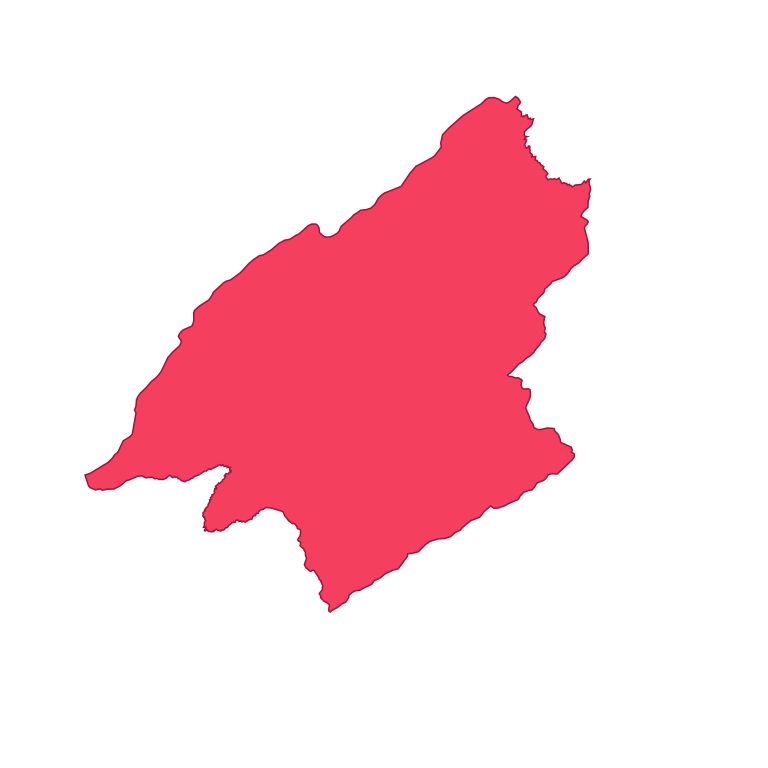 Santa Fe De Antioquia, Antioquia, Colombia, rotated 229°
{"feature_id": "7082276B62917896081340", "entity_name": "Santa Fe De Antioquia", "entity_type": "district", "adm_level": 2, "iso_a3": "COL", "parent_name": "Colombia", "parent_adm1": "Antioquia", "projection": "equal_earth", "projection_center": [-75.913, 6.54], "detail": "fine", "context": "isolated", "style": "filled", "palette": "rose", "viewbox_px": 768, "rotation_deg": 229, "n_neighbors": 0, "source": "geoboundaries", "source_scale": "gbopen_adm2", "svg_char_len": 6142}
<svg xmlns="http://www.w3.org/2000/svg" viewBox="0 0 768 768"><g transform="rotate(229 384 384)"><path d="M559.2,386.8L560.6,377.7L562.6,374.2L563.4,368.1L563.6,362.0L562.2,348.7L563.2,336.4L564.9,333.0L565.6,329.5L565.2,315.1L564.2,313.6L562.3,307.2L564.0,295.1L563.8,289.3L562.6,287.1L556.3,281.8L553.7,277.0L556.6,267.9L556.5,264.4L555.5,261.1L554.6,259.9L549.2,259.2L547.0,255.2L546.7,245.2L545.7,238.1L539.9,224.8L538.8,220.4L538.3,216.8L538.5,209.5L537.2,201.6L537.0,194.6L536.0,190.1L534.5,186.9L529.9,182.2L528.0,178.6L524.8,177.8L511.3,161.1L510.9,157.7L512.2,150.0L507.1,138.3L507.3,134.3L506.1,129.8L505.8,124.3L509.4,103.5L511.4,98.6L500.9,94.2L498.7,94.1L493.2,96.9L491.9,99.7L490.5,101.2L488.7,101.6L486.0,106.4L481.9,111.3L480.2,118.2L480.1,126.1L478.7,128.9L476.0,137.5L473.6,140.9L469.5,142.7L465.6,148.0L462.9,148.8L461.7,150.7L459.6,151.6L456.8,154.8L455.7,157.7L456.0,160.1L455.4,162.5L452.2,162.9L451.3,164.8L449.2,166.9L447.8,166.6L445.8,167.7L444.3,167.6L440.8,169.7L440.6,171.5L439.5,173.8L438.9,177.2L438.4,177.9L438.6,180.6L436.9,184.4L435.9,191.9L434.8,192.9L434.9,194.2L434.3,196.6L433.2,197.3L430.7,207.4L429.2,207.6L428.8,208.1L429.1,209.2L428.6,209.4L426.5,209.2L425.7,211.1L424.7,211.7L423.9,210.7L422.1,213.4L421.2,211.7L419.6,210.9L419.0,211.8L418.0,210.5L418.9,209.5L418.4,207.4L420.0,205.9L419.4,203.2L418.1,203.7L417.3,201.0L417.5,199.4L417.0,198.4L416.7,194.7L417.8,194.3L417.3,192.8L417.4,189.8L415.3,189.6L414.9,188.4L416.1,188.4L416.1,187.8L414.2,185.2L413.4,185.3L412.5,183.7L413.2,181.3L412.0,180.3L412.1,178.5L410.4,177.8L410.4,177.0L410.9,176.5L409.5,175.3L408.6,172.4L407.4,171.3L407.2,167.7L406.7,167.1L406.6,165.7L405.7,165.8L405.5,162.8L404.0,161.9L403.3,160.7L402.0,160.5L401.5,161.1L401.2,160.5L400.0,160.7L399.1,159.8L397.8,159.7L397.4,157.6L395.0,155.5L394.3,153.8L392.6,155.8L392.1,155.3L391.8,153.0L391.0,152.3L390.1,153.0L390.3,154.9L388.2,154.7L385.1,157.3L385.1,158.6L384.4,158.8L384.9,159.4L384.4,160.4L384.7,161.4L384.1,162.3L382.7,162.4L380.0,164.4L380.0,165.6L378.9,167.7L379.3,170.1L378.5,171.7L379.1,174.2L378.8,177.1L379.0,178.5L377.4,180.9L378.1,182.3L378.1,183.7L376.2,184.7L375.2,184.4L374.3,186.3L373.1,186.3L372.6,188.0L370.7,188.6L370.2,192.9L368.7,195.6L369.9,197.7L369.8,199.9L369.0,200.5L370.0,202.8L368.9,204.4L369.6,205.2L370.1,207.6L369.9,208.8L368.6,210.3L368.2,213.9L363.9,217.9L354.5,223.7L353.2,223.9L350.1,222.7L342.9,222.3L338.9,223.2L337.4,224.7L334.1,224.9L331.6,223.8L329.7,225.1L328.3,225.1L324.6,221.4L323.1,216.7L321.8,216.4L319.1,217.2L317.0,214.5L311.8,215.2L310.8,214.5L308.8,214.5L306.4,212.4L303.3,211.2L300.0,205.5L299.3,205.2L296.6,204.5L291.3,205.4L290.4,206.4L290.5,207.7L289.4,208.9L280.4,207.8L279.0,206.8L276.9,207.5L276.3,206.7L272.0,205.5L270.6,203.6L269.3,202.8L268.3,197.6L265.3,197.0L264.5,196.0L259.4,196.2L256.3,197.5L253.1,197.9L249.9,194.1L249.0,193.5L247.2,193.8L247.3,196.1L246.0,201.6L245.6,208.4L244.5,211.8L245.9,217.2L247.6,218.9L247.5,223.3L246.8,226.5L244.0,230.8L243.4,234.8L241.2,242.2L241.0,243.6L242.0,247.8L240.2,252.9L239.9,260.9L237.3,269.5L235.5,272.7L235.3,274.1L238.5,288.4L240.3,290.6L238.0,293.7L234.9,299.7L235.6,310.2L235.0,315.6L231.6,323.2L227.4,328.6L225.1,334.4L225.2,340.7L223.6,345.3L224.2,348.7L224.0,359.8L220.7,368.7L222.1,376.4L222.0,384.6L218.2,385.3L215.4,389.0L214.5,391.8L213.2,393.9L211.9,400.1L209.0,408.9L209.1,410.5L210.1,413.0L210.6,418.4L209.0,422.7L207.0,426.2L207.5,429.9L208.9,434.7L206.4,441.5L206.7,445.3L207.8,448.4L206.3,451.7L202.4,455.7L203.3,476.3L204.2,479.9L206.2,481.7L209.6,480.8L210.8,482.8L213.4,483.9L224.0,479.0L226.4,480.6L231.4,482.4L236.7,482.1L238.7,483.2L243.6,478.5L247.1,471.9L249.1,470.0L252.6,468.5L256.3,470.2L261.4,470.8L263.3,472.1L273.2,475.2L277.3,484.2L278.7,486.3L281.3,488.9L284.0,490.4L285.7,489.8L288.6,486.0L289.8,485.4L293.1,486.7L295.1,488.7L295.9,490.4L296.8,490.7L300.6,489.4L302.8,486.8L304.7,486.0L308.3,483.1L309.5,482.9L309.8,484.3L309.4,487.0L310.6,498.9L309.8,503.8L310.2,508.7L309.4,511.7L309.6,518.0L310.7,521.6L311.3,527.2L312.4,529.4L312.8,534.9L315.5,539.1L318.1,539.3L320.6,542.6L322.8,543.1L325.7,544.9L329.4,549.6L334.5,547.5L337.0,547.5L341.8,548.9L345.2,548.5L346.2,549.3L346.0,552.8L347.7,556.7L348.1,564.6L350.2,567.8L350.3,575.5L351.0,578.0L347.2,588.1L346.7,590.7L346.9,595.0L348.5,601.0L348.5,605.0L347.6,610.5L348.2,616.1L348.2,623.3L349.9,625.2L356.9,630.9L369.8,637.3L371.2,639.1L371.3,641.9L372.4,644.6L374.3,644.8L381.3,642.5L382.9,645.6L383.5,650.1L383.4,653.7L388.3,658.2L390.4,662.3L392.6,663.2L395.2,667.6L401.5,670.9L403.4,673.0L403.5,673.9L404.5,672.6L403.6,668.3L405.8,668.3L405.1,664.6L405.3,663.5L408.8,658.7L408.7,657.3L409.3,655.5L411.0,655.4L412.1,654.5L413.0,654.9L414.0,653.0L415.5,653.5L416.3,652.5L417.8,651.9L418.7,649.8L424.6,651.3L425.1,648.1L427.0,647.5L427.9,645.5L429.4,644.4L430.8,641.7L434.3,642.1L435.0,643.0L434.9,645.0L435.4,645.7L438.2,645.9L441.9,645.1L443.2,647.2L446.7,646.2L449.0,646.7L449.9,645.5L452.1,646.2L453.9,645.1L456.2,647.8L458.4,644.5L459.5,646.3L463.5,646.1L464.5,647.7L465.9,648.0L466.8,649.4L467.9,650.0L468.9,649.0L468.1,647.6L468.7,646.4L469.7,646.2L472.5,647.4L474.3,651.4L475.1,652.0L476.4,651.6L476.8,650.5L477.4,652.5L476.7,654.4L478.2,653.2L479.6,652.9L482.2,655.5L482.6,659.2L482.2,662.8L482.6,665.4L486.0,670.8L487.2,668.4L488.8,668.7L488.7,667.9L489.4,667.0L493.3,668.6L494.0,667.2L493.8,665.5L494.8,665.1L495.0,664.1L495.9,663.4L499.2,666.2L504.4,664.6L504.9,666.2L506.2,667.7L506.4,670.2L507.4,672.0L511.6,672.7L514.7,671.9L514.6,665.1L515.0,662.2L516.1,660.3L519.0,658.7L523.4,657.7L527.9,655.1L531.2,651.1L532.0,647.8L531.6,641.4L534.8,619.5L534.6,600.7L533.7,591.7L528.7,585.0L525.2,582.5L523.0,572.2L523.2,568.8L527.3,550.9L526.0,541.9L521.9,526.5L527.7,510.0L528.2,505.6L527.8,501.4L525.6,495.3L525.3,489.5L527.3,484.9L530.6,480.1L530.7,476.9L531.5,472.6L531.0,468.2L531.1,455.1L528.7,450.1L528.5,447.2L529.6,442.0L530.5,439.7L532.5,437.0L534.8,435.4L540.6,434.7L544.7,437.5L547.2,438.0L549.4,437.5L552.1,434.5L553.2,430.7L553.0,418.4L554.0,415.0L554.9,408.1L557.6,403.5L559.1,397.0L559.2,386.8Z" fill="#f43f5e" stroke="#9f1239" stroke-width="1.5"/></g></svg>